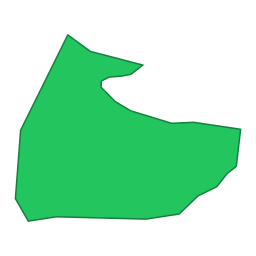 map outline of Miren-Kostanjevica (Natural Earth projection)
{"feature_id": "SVN-1032", "entity_name": "Miren-Kostanjevica", "entity_type": "Municipality", "adm_level": 1, "iso_a3": "SVN", "parent_name": "Slovenia", "parent_adm1": "", "projection": "natural_earth1", "projection_center": [13.637, 45.866], "detail": "fine", "context": "isolated", "style": "filled", "palette": "green", "viewbox_px": 256, "rotation_deg": 0, "n_neighbors": 0, "source": "natural_earth", "source_scale": "10m", "svg_char_len": 405}
<svg xmlns="http://www.w3.org/2000/svg" viewBox="0 0 256 256"><path d="M28.3,221.1L15.4,198.6L20.6,130.3L67.8,34.9L90.3,51.4L142.8,65.1L131.1,74.2L122.3,76.0L109.1,77.1L101.3,81.0L101.1,87.3L115.0,101.4L130.6,110.8L171.6,123.3L193.6,122.3L240.6,129.3L236.3,166.4L227.2,173.5L216.8,186.7L198.0,195.9L179.2,214.0L145.9,219.1L56.3,216.8L28.3,221.1Z" fill="#22c55e" stroke="#15803d" stroke-width="1.5"/></svg>